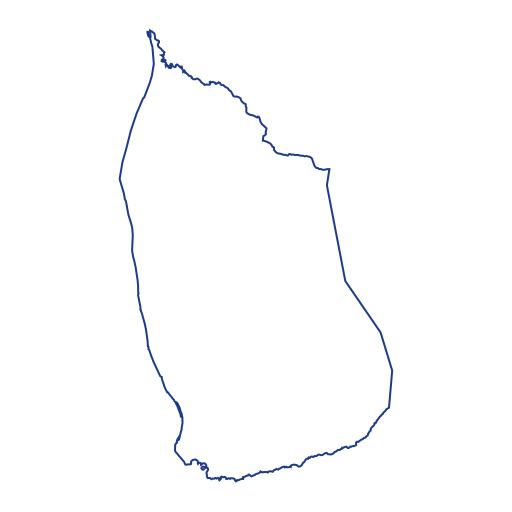 Pormpuraaw, Queensland, Australia
{"feature_id": "25037944B5517287997374", "entity_name": "Pormpuraaw", "entity_type": "district", "adm_level": 2, "iso_a3": "AUS", "parent_name": "Australia", "parent_adm1": "Queensland", "projection": "mercator", "projection_center": [141.801, -14.654], "detail": "fine", "context": "isolated", "style": "outline", "palette": "blue", "viewbox_px": 512, "rotation_deg": 0, "n_neighbors": 0, "source": "geoboundaries", "source_scale": "gbopen_adm2", "svg_char_len": 5979}
<svg xmlns="http://www.w3.org/2000/svg" viewBox="0 0 512 512"><path d="M150.1,30.7L150.6,36.8L150.1,37.8L151.2,43.1L152.4,46.7L153.8,63.9L152.0,75.2L149.8,82.8L145.2,94.9L144.0,97.7L143.3,98.0L142.7,99.2L136.7,113.2L130.8,130.7L126.4,148.2L122.4,162.4L119.8,177.9L119.8,179.7L123.9,193.5L124.9,199.4L125.9,201.0L128.4,214.7L131.1,223.3L132.2,227.9L132.8,235.2L132.1,250.7L133.3,257.7L133.8,258.9L135.6,267.1L137.6,280.2L138.1,285.9L138.2,292.6L138.6,293.3L138.1,294.4L138.1,295.4L140.4,306.9L140.4,309.8L140.9,310.2L141.0,311.3L141.7,312.8L144.6,323.2L146.0,329.6L147.6,341.0L147.9,346.3L148.4,346.6L148.5,347.7L148.4,349.0L148.9,349.3L149.6,351.0L150.7,354.5L153.6,362.0L160.0,375.7L160.6,376.5L161.8,377.0L161.9,379.2L163.9,384.7L164.2,386.1L165.5,389.1L167.2,392.3L167.7,392.2L173.0,398.9L173.8,399.6L174.5,401.2L175.4,402.2L177.5,406.5L180.6,414.5L180.8,416.3L181.2,416.9L181.4,416.8L181.2,415.7L180.4,413.2L177.5,405.2L176.0,402.7L176.0,402.2L176.8,402.5L177.6,403.6L179.7,408.0L180.6,411.4L181.6,413.6L182.4,417.6L182.5,423.1L181.8,427.0L181.5,430.3L181.0,431.3L179.0,439.6L178.1,440.1L178.1,439.1L179.0,438.0L178.8,437.2L177.3,439.6L176.9,441.2L177.1,442.5L176.4,442.8L175.2,444.8L175.0,450.2L175.4,451.6L184.0,461.7L185.4,464.6L186.2,464.8L187.7,464.4L190.7,464.3L191.2,463.8L191.0,461.9L191.3,461.2L192.6,460.1L194.6,459.5L196.1,459.7L197.6,460.9L198.0,462.2L197.8,463.5L198.0,463.9L199.0,462.8L199.6,462.7L201.0,463.3L201.0,464.7L203.0,463.4L204.3,463.3L205.1,463.6L206.3,465.3L206.3,466.5L206.0,466.9L205.1,467.3L203.5,466.6L202.4,466.7L201.7,467.4L201.4,468.4L202.0,469.3L202.8,469.7L203.5,469.6L204.6,468.3L205.6,467.7L207.1,467.7L207.8,468.2L208.1,469.9L206.5,472.4L207.1,476.7L207.7,478.0L210.0,478.0L211.4,479.2L212.5,478.6L214.1,478.7L215.4,477.9L216.5,478.6L217.6,477.8L218.1,477.9L219.0,478.4L219.0,479.7L219.5,480.3L220.9,478.8L220.7,477.1L221.7,476.6L223.2,477.3L224.5,476.9L225.2,477.1L225.7,477.5L226.0,478.7L227.0,479.1L228.4,478.2L229.3,478.4L230.0,478.9L231.0,478.2L233.1,478.3L234.7,479.2L235.1,480.5L235.8,481.3L236.6,481.2L237.2,480.0L238.7,480.2L239.6,479.6L241.9,478.9L243.1,479.0L243.3,478.4L242.9,477.8L243.0,477.1L244.8,476.8L246.3,475.8L247.8,475.6L248.5,474.7L249.4,474.7L250.9,476.1L251.4,476.4L253.8,475.3L254.9,475.0L255.5,474.2L258.5,473.3L260.1,472.3L260.5,471.5L261.0,472.0L261.7,471.9L262.0,472.3L262.6,472.4L264.4,471.9L265.5,472.2L266.9,471.9L267.8,472.5L268.7,471.6L270.5,471.2L272.7,471.8L273.9,470.2L275.2,469.8L276.3,469.0L278.3,469.6L279.2,468.6L280.1,468.5L281.8,467.3L283.9,466.6L284.5,466.7L284.8,467.3L286.1,466.7L287.1,467.4L289.1,467.1L289.8,466.7L290.7,467.1L290.9,465.8L291.7,465.1L293.9,464.6L296.7,465.1L298.5,466.6L300.4,466.3L301.8,465.1L302.9,463.0L304.1,462.1L306.0,459.3L307.4,458.5L308.0,458.8L308.5,458.3L308.8,457.4L309.9,457.8L311.1,456.6L312.0,456.5L313.2,457.0L314.7,456.0L315.8,456.2L317.3,455.5L318.2,454.7L319.2,454.6L321.2,455.2L322.4,455.0L325.0,453.3L326.4,452.9L326.9,453.0L328.0,454.2L331.2,454.5L333.7,453.2L334.7,451.9L336.1,451.5L337.7,450.1L339.8,449.9L340.5,449.5L340.9,448.9L341.5,448.9L341.9,448.2L342.1,448.5L342.5,448.3L343.3,447.6L345.7,446.7L346.3,446.7L347.6,447.9L348.7,448.0L350.4,446.6L351.3,446.7L352.6,446.1L353.7,446.1L355.9,445.3L356.2,444.4L356.0,442.8L356.9,441.8L358.6,441.8L359.2,441.1L362.0,439.3L362.9,439.1L363.8,438.0L365.5,437.6L366.2,436.5L367.8,435.3L368.1,433.6L368.7,433.1L369.6,431.3L370.6,430.6L370.8,428.6L372.2,426.9L373.6,425.8L374.4,424.6L374.5,423.3L374.9,422.9L375.6,422.9L376.1,422.6L376.5,421.2L380.1,416.4L381.2,415.6L381.3,415.1L382.1,414.3L382.6,414.2L383.2,413.4L383.3,412.7L385.4,410.9L386.1,409.5L389.0,407.7L392.2,370.6L380.6,332.5L345.3,281.0L326.9,185.3L329.4,169.1L327.5,169.1L324.6,169.7L323.0,169.8L320.9,169.1L319.1,169.0L317.9,168.1L316.5,168.0L314.9,166.4L314.2,165.1L312.0,158.7L310.7,157.4L309.2,156.7L306.4,156.1L304.5,156.3L302.9,155.7L301.3,155.8L297.9,155.0L295.3,155.0L293.0,154.5L291.5,154.7L290.1,154.0L289.0,154.2L288.2,155.3L287.5,155.6L285.6,154.9L282.9,154.7L281.4,154.0L277.6,153.3L275.8,152.1L274.1,150.0L273.9,147.4L272.3,146.5L271.4,144.6L269.9,143.3L266.4,141.5L262.9,140.6L263.3,136.3L263.6,135.9L264.9,135.3L265.8,134.3L266.0,133.8L265.6,132.5L266.3,129.7L266.4,128.2L261.8,124.0L260.6,122.0L259.4,117.8L258.7,116.7L257.9,116.6L257.1,117.5L253.4,115.5L249.7,114.7L247.1,113.1L246.3,111.9L246.4,107.5L245.8,106.5L245.7,104.2L244.2,103.5L242.7,102.3L241.4,100.9L240.4,98.3L239.1,97.4L237.1,96.6L234.9,96.6L233.5,96.2L231.1,91.6L230.4,90.9L228.9,90.0L227.8,88.3L225.0,86.7L223.3,85.1L221.9,85.1L221.2,84.8L220.5,84.0L220.0,83.0L218.6,82.3L218.1,83.0L216.0,83.9L215.5,83.0L215.1,83.2L214.9,82.8L213.1,81.9L211.2,82.3L210.5,81.7L209.7,82.1L209.8,82.5L210.3,82.8L210.0,83.2L210.1,84.1L209.5,84.7L206.7,84.5L205.3,84.9L204.4,84.8L204.0,83.9L202.8,83.4L201.3,82.3L200.1,80.5L197.9,78.7L196.8,78.6L195.1,79.3L193.2,79.2L191.6,77.9L191.9,77.2L191.4,76.5L189.8,75.9L188.8,75.8L187.7,74.3L186.3,73.2L186.1,72.8L185.2,72.8L184.5,71.8L184.9,71.3L184.6,70.9L184.1,71.9L183.4,71.6L183.1,71.8L183.2,70.3L182.5,69.6L182.0,68.6L181.2,68.0L181.3,67.7L181.9,67.3L181.6,66.5L180.9,66.5L180.0,67.1L177.5,64.6L176.9,64.5L176.0,65.1L175.7,66.7L174.9,67.2L172.9,66.3L171.8,64.0L170.8,63.9L170.2,64.8L170.4,65.6L171.2,66.2L171.2,67.5L170.9,68.0L170.4,68.1L169.0,67.8L169.1,66.4L168.5,66.1L168.0,66.5L167.2,65.2L166.6,65.3L166.0,66.0L166.0,65.3L165.6,64.9L166.4,64.0L166.0,63.1L164.9,62.2L165.5,60.8L165.5,60.3L165.1,59.9L164.2,60.2L162.9,61.7L161.6,61.1L161.8,59.7L162.9,59.3L163.7,57.9L162.6,56.0L161.3,55.2L162.2,55.0L162.9,55.6L163.5,55.4L163.9,54.7L163.9,53.5L164.5,52.3L162.2,50.4L161.1,48.8L159.8,47.9L158.4,46.6L157.9,45.5L157.9,44.2L159.0,42.3L159.0,41.2L158.4,40.5L157.4,40.5L155.1,38.8L154.8,35.1L154.1,33.2L151.6,31.3L151.1,31.5L150.1,30.7ZM148.4,32.6L148.1,31.9L147.8,31.7L147.4,31.9L147.5,33.0L148.2,35.7L148.7,36.6L149.1,36.8L149.8,36.6L149.0,36.0L148.3,34.7L148.1,33.3L148.4,32.6Z" fill="none" stroke="#1e3a8a" stroke-width="2"/></svg>